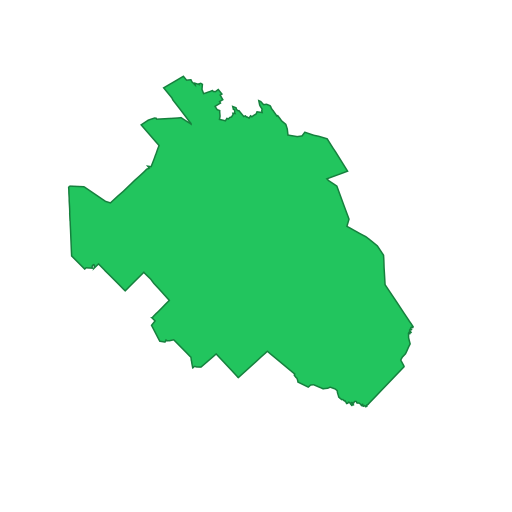 Liepnas pag., Aluksne, Latvia, rotated 46°
{"feature_id": "27541924B54101653992285", "entity_name": "Liepnas pag.", "entity_type": "district", "adm_level": 2, "iso_a3": "LVA", "parent_name": "Latvia", "parent_adm1": "Aluksne", "projection": "natural_earth1", "projection_center": [27.546, 57.349], "detail": "fine", "context": "isolated", "style": "filled", "palette": "green", "viewbox_px": 512, "rotation_deg": 46, "n_neighbors": 0, "source": "geoboundaries", "source_scale": "gbopen_adm2", "svg_char_len": 5605}
<svg xmlns="http://www.w3.org/2000/svg" viewBox="0 0 512 512"><g transform="rotate(46 256 256)"><path d="M258.6,131.2L236.1,126.4L232.0,125.7L221.1,123.4L213.5,127.7L209.4,130.5L200.9,134.9L201.6,139.5L199.0,143.1L198.9,143.3L194.6,146.5L191.2,149.0L186.4,145.3L182.0,143.1L176.6,143.7L173.3,143.2L170.1,142.9L170.0,143.5L169.9,143.8L169.5,143.7L163.7,142.8L163.3,142.7L162.3,142.7L161.1,142.5L159.9,142.2L158.9,141.7L157.6,141.5L154.2,143.0L152.4,145.4L148.2,145.3L146.2,146.1L149.8,148.4L150.8,148.8L154.6,149.6L155.5,151.0L157.1,151.9L153.0,155.1L153.9,157.2L153.2,160.3L153.0,162.3L151.9,162.4L151.4,162.5L152.0,165.2L149.6,165.9L149.4,166.4L147.8,166.3L147.2,167.9L143.3,167.6L139.6,167.3L139.1,168.0L137.1,168.2L135.5,167.4L132.3,168.9L134.7,170.3L134.8,170.4L135.9,169.9L136.0,170.0L137.1,170.7L137.9,171.8L138.9,172.1L137.3,173.5L138.2,174.0L139.0,177.0L138.2,178.5L138.2,180.7L136.8,181.3L137.5,184.1L135.1,185.6L132.4,187.4L130.4,184.7L127.2,182.1L126.2,181.1L123.7,182.3L119.9,181.5L120.7,177.9L121.3,175.3L119.6,175.0L120.5,171.3L115.3,170.0L115.8,168.0L110.0,167.5L109.6,171.0L108.1,172.4L106.7,172.4L105.8,174.7L105.0,176.3L103.8,179.0L102.8,180.9L98.6,179.1L97.9,178.3L95.3,175.3L93.4,175.8L92.4,177.7L93.0,177.9L89.3,179.9L90.9,181.0L87.4,181.0L86.5,181.2L84.0,180.4L81.3,183.8L76.3,183.4L75.7,185.8L73.3,195.8L72.7,198.2L70.9,205.6L83.9,206.7L86.0,207.4L97.2,208.6L111.5,210.3L115.5,210.7L116.0,211.1L113.7,211.6L112.7,211.9L111.1,212.3L109.8,212.6L107.6,213.1L104.4,213.8L103.7,214.8L101.9,217.0L98.9,220.5L98.1,221.5L97.5,222.1L96.1,223.7L95.0,225.0L91.2,229.4L88.6,232.4L87.6,232.1L86.3,233.1L83.7,238.5L83.6,239.1L83.4,239.2L83.4,239.3L81.9,247.5L85.0,247.7L109.2,249.0L110.9,252.7L113.1,257.0L113.5,258.0L115.3,261.6L116.7,264.6L118.7,269.0L118.8,269.2L118.8,269.5L116.2,271.5L118.7,271.7L118.7,271.9L117.6,274.3L117.7,278.0L117.6,283.7L117.5,286.5L117.3,290.7L117.3,301.5L117.3,306.8L116.9,313.7L116.7,323.8L112.2,326.3L87.2,331.5L86.5,331.8L76.8,341.0L76.5,341.5L76.3,341.9L76.5,343.1L77.2,343.7L78.3,344.6L80.9,347.0L84.5,350.1L86.5,352.0L92.2,356.9L95.3,359.7L95.7,360.2L101.5,365.3L102.0,365.6L104.4,367.8L108.3,371.2L122.9,384.2L127.9,388.6L141.1,388.4L146.4,388.3L146.5,386.3L147.8,385.2L151.0,382.2L150.5,381.9L149.7,381.2L149.3,380.4L149.3,379.0L149.6,378.6L150.0,378.7L150.6,379.0L151.4,379.8L151.9,380.4L152.3,381.1L152.3,374.8L160.7,374.7L161.6,374.8L168.9,374.6L181.5,374.4L187.8,374.4L190.2,374.3L190.2,371.2L190.1,368.9L189.8,348.0L190.2,348.1L196.8,347.9L199.3,347.8L200.3,347.9L201.5,348.1L204.8,348.5L205.2,348.5L210.4,348.6L211.1,348.6L227.7,349.2L227.8,355.0L228.0,360.6L228.1,366.2L228.0,367.5L228.1,370.7L228.3,373.7L228.2,373.8L232.6,373.7L233.3,379.3L246.0,383.1L249.8,384.2L250.5,384.4L254.6,381.3L254.7,381.1L253.9,379.1L255.3,378.7L255.3,378.8L255.4,378.7L255.5,378.6L255.9,378.1L256.6,377.3L257.1,376.8L257.2,376.5L257.6,375.9L258.2,374.9L258.5,374.4L259.1,373.4L276.7,373.2L282.0,373.2L283.5,373.1L284.0,373.4L284.3,373.6L284.5,373.7L284.4,373.7L286.1,375.0L287.0,375.5L288.8,376.8L292.5,379.2L292.7,378.5L292.5,377.8L292.6,377.3L292.9,376.7L294.4,375.9L295.2,375.2L297.7,372.7L298.4,360.4L298.8,352.7L320.7,353.0L329.6,353.2L330.7,353.3L331.2,353.2L331.4,347.0L331.6,340.8L331.8,334.7L332.0,328.8L332.1,322.7L332.4,316.1L332.3,315.9L332.5,314.0L335.5,313.7L335.8,313.7L340.1,313.2L343.6,312.8L365.5,310.4L367.8,310.1L368.1,310.9L368.4,311.3L371.0,311.6L372.5,311.5L374.9,312.7L375.8,313.4L386.6,309.5L386.7,308.1L386.7,306.7L386.8,306.3L388.5,304.1L388.8,303.9L393.6,301.9L396.3,300.7L397.5,300.3L397.7,300.1L398.2,300.0L398.3,299.9L398.3,299.7L401.0,296.2L401.3,295.3L401.8,293.9L402.0,293.7L406.7,291.4L409.2,291.1L410.2,291.8L411.0,292.4L414.0,293.9L414.9,294.5L415.5,294.4L416.6,294.4L418.9,294.1L419.3,293.5L419.6,293.2L420.7,293.2L421.1,293.2L421.9,292.5L422.1,292.6L422.4,292.9L424.1,292.8L424.9,293.3L425.1,293.3L425.3,292.7L425.6,292.5L425.7,292.3L425.4,291.1L425.5,290.8L426.4,290.5L427.7,290.6L428.2,290.8L429.2,290.8L429.9,291.0L430.1,290.9L430.0,290.2L430.5,289.6L430.8,289.3L430.7,289.2L429.3,289.1L428.5,289.0L427.9,289.1L427.9,288.8L428.3,288.6L428.9,288.5L429.3,288.4L429.6,287.9L429.4,287.4L429.2,286.2L429.4,285.7L430.3,284.9L430.6,284.9L431.4,285.4L431.7,285.5L432.0,285.4L433.1,284.3L433.7,283.9L435.4,283.7L436.6,284.0L437.1,283.9L437.5,283.7L437.5,283.2L436.7,282.7L436.8,282.3L437.1,282.4L438.0,282.9L438.5,283.1L438.8,283.0L439.0,281.8L439.4,281.7L440.5,281.9L441.1,280.8L440.3,280.3L440.2,279.9L440.5,279.8L440.6,278.0L440.5,277.9L440.1,266.7L439.8,260.0L439.6,254.7L439.4,249.6L438.5,226.4L437.6,225.9L431.4,224.2L430.4,221.1L430.2,216.4L429.2,213.7L427.4,209.3L426.3,206.2L420.9,203.1L418.0,200.4L418.2,200.1L417.6,200.1L417.5,199.9L418.1,199.7L417.9,199.3L417.8,199.2L418.2,199.2L418.3,199.2L418.5,199.1L418.2,198.8L418.1,198.2L418.4,198.0L418.6,198.0L418.7,197.7L418.4,197.7L418.1,197.7L417.9,197.7L418.0,197.4L417.8,197.3L417.7,197.3L417.5,197.5L417.2,197.6L416.9,197.6L416.7,197.4L416.8,197.2L416.7,197.1L416.0,197.0L415.9,196.6L415.8,196.4L415.7,196.2L415.8,195.9L416.2,195.6L416.5,195.5L416.9,195.5L417.0,195.4L417.0,195.2L416.8,195.1L416.4,195.2L416.2,195.2L415.9,195.0L415.4,194.9L415.2,194.7L415.2,193.6L415.4,193.3L415.6,193.2L416.2,193.2L416.4,193.0L416.4,192.9L416.0,192.1L412.3,191.4L408.9,190.9L408.7,190.8L399.2,189.1L387.5,186.9L378.0,185.2L366.3,183.1L357.6,175.6L353.6,172.2L348.2,167.3L346.5,165.8L344.0,163.7L333.1,161.7L326.9,162.4L318.8,163.5L311.7,165.8L297.8,170.0L294.1,163.5L280.6,157.6L261.9,149.3L252.2,151.4L249.7,151.4L258.6,131.2Z" fill="#22c55e" stroke="#15803d" stroke-width="1.5"/></g></svg>